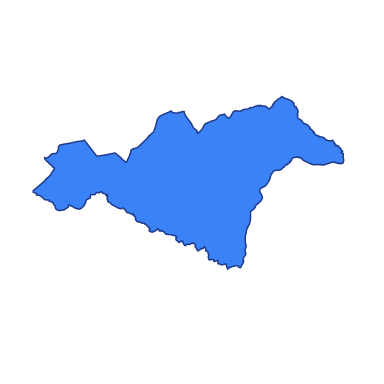 outline of Bazega, Bazéga, Burkina Faso, rotated 349°
{"feature_id": "67063806B75312427459337", "entity_name": "Bazega", "entity_type": "district", "adm_level": 2, "iso_a3": "BFA", "parent_name": "Burkina Faso", "parent_adm1": "Bazéga", "projection": "albers", "projection_center": [-1.393, 11.898], "detail": "fine", "context": "isolated", "style": "filled", "palette": "blue", "viewbox_px": 384, "rotation_deg": 349, "n_neighbors": 0, "source": "geoboundaries", "source_scale": "gbopen_adm2", "svg_char_len": 6079}
<svg xmlns="http://www.w3.org/2000/svg" viewBox="0 0 384 384"><g transform="rotate(349 192 192)"><path d="M38.7,165.1L39.3,165.6L40.7,165.8L42.0,166.5L44.4,168.9L44.7,169.9L46.0,171.3L47.0,171.9L49.9,172.5L49.9,173.5L53.5,175.9L53.9,177.8L54.9,179.6L54.8,181.3L55.2,182.7L56.2,183.8L57.6,184.7L59.0,185.0L62.9,185.2L67.1,183.5L67.9,182.8L67.8,182.2L68.2,181.4L69.0,181.0L70.6,182.7L71.8,183.3L74.2,185.5L77.3,187.2L79.5,187.2L83.4,184.9L85.6,182.0L86.2,180.5L87.0,179.4L91.0,178.5L91.3,178.0L91.6,175.8L92.0,175.4L93.3,175.4L94.2,175.8L95.9,175.9L96.6,175.8L97.8,174.5L98.7,174.4L100.6,175.1L103.0,174.4L103.4,174.6L103.7,175.6L104.3,176.2L105.2,176.8L106.4,177.1L107.2,178.0L108.3,178.4L108.3,179.0L107.1,179.2L108.1,180.5L108.2,181.1L107.2,182.4L107.7,183.4L107.4,184.9L107.7,185.4L108.7,186.4L109.9,187.0L110.6,188.7L111.7,189.9L113.6,191.2L116.3,193.5L119.2,195.0L121.1,194.5L121.8,194.9L123.7,198.3L123.7,198.9L124.7,200.0L126.0,200.4L127.4,201.3L128.8,202.6L129.4,202.8L130.2,202.5L130.7,203.0L130.2,203.9L131.7,205.9L131.3,208.3L131.5,208.9L132.3,209.8L132.3,210.4L132.8,210.8L133.6,210.8L133.8,211.2L136.1,212.1L137.1,213.3L138.8,213.3L139.8,214.0L139.6,214.5L140.9,215.5L141.4,216.6L142.6,217.9L142.4,218.2L143.9,220.0L143.2,221.0L142.6,221.1L142.9,222.6L143.7,222.7L144.7,223.7L145.4,223.9L148.8,223.1L150.9,221.8L152.0,221.9L152.3,223.8L152.6,224.0L153.8,224.0L154.0,224.4L154.6,224.0L155.0,224.6L156.0,225.0L156.8,225.7L158.4,228.5L162.5,229.7L167.2,231.8L168.3,233.0L168.3,233.3L167.5,233.8L167.2,235.6L167.4,236.3L168.7,237.7L169.1,238.5L169.8,239.1L172.3,238.1L173.1,238.8L173.6,238.6L173.7,238.9L173.4,239.7L173.8,240.7L173.9,241.7L175.2,243.5L175.5,243.5L176.3,242.6L177.2,242.3L179.7,243.1L182.0,242.2L182.5,242.2L183.1,242.8L183.9,242.5L185.0,243.8L185.1,244.6L184.6,246.2L185.2,247.0L186.0,250.1L186.8,251.0L190.2,249.5L192.2,249.5L193.3,248.2L193.8,248.4L194.6,249.7L194.3,251.7L194.4,252.5L195.6,253.2L196.1,254.0L196.3,257.4L195.5,259.1L195.6,261.4L195.8,261.7L196.9,262.2L199.1,262.0L200.2,262.4L200.4,262.6L200.1,264.0L200.4,264.4L201.9,264.5L203.6,264.1L204.0,264.2L204.6,265.1L204.0,266.0L203.8,267.3L204.2,267.6L205.4,267.7L206.3,268.8L207.9,269.3L210.1,269.0L211.9,269.2L212.1,269.4L211.6,270.5L212.3,274.4L213.5,274.0L215.4,272.9L216.3,273.2L217.1,272.9L222.1,272.8L222.8,273.1L223.2,274.2L224.8,275.6L226.1,274.7L226.5,273.6L228.3,272.0L228.5,271.4L229.1,270.8L229.6,269.7L229.1,269.0L229.2,267.7L229.8,267.2L230.5,265.8L233.0,263.5L232.9,259.3L234.7,255.8L234.9,253.9L234.7,251.2L236.0,245.0L237.3,242.7L238.1,240.1L239.9,237.3L242.3,234.4L242.8,233.2L243.3,232.5L244.2,230.0L245.6,222.7L246.2,222.1L249.8,220.3L251.0,219.2L251.8,217.6L257.8,214.0L259.4,212.2L259.9,211.4L260.0,209.6L259.6,207.2L258.6,205.3L258.7,203.3L259.1,202.5L260.1,201.5L264.5,200.3L266.0,199.5L269.7,195.8L271.3,193.4L272.6,190.6L275.1,187.9L276.8,186.9L277.7,186.7L281.0,187.1L283.6,187.1L285.4,185.8L287.4,184.9L288.7,183.6L291.3,183.1L291.9,182.1L292.2,182.0L293.3,182.1L294.0,181.4L293.9,180.8L294.5,180.4L295.1,180.6L296.4,178.6L297.4,177.9L299.2,177.5L300.3,177.8L301.8,177.7L302.7,178.4L304.7,178.5L305.0,178.8L304.8,179.3L306.5,180.6L306.7,181.4L307.6,182.4L313.9,187.0L316.3,188.4L321.2,189.2L326.6,190.7L330.2,190.0L331.2,190.1L335.4,189.4L336.1,189.9L337.9,190.0L338.9,191.0L339.9,191.2L340.8,191.8L341.7,191.7L342.2,192.4L342.8,192.1L343.9,192.7L345.9,192.2L345.8,191.9L346.9,190.3L347.1,187.7L346.8,186.8L347.2,186.2L347.0,185.6L347.4,185.0L347.5,184.0L347.9,183.3L347.4,182.6L346.9,182.7L345.9,182.0L346.4,181.4L347.6,180.7L347.2,179.9L346.2,179.2L346.1,178.5L346.4,177.8L344.7,175.9L344.8,175.0L344.2,174.7L344.0,174.9L342.8,173.6L341.9,174.0L341.2,173.1L341.6,172.0L341.1,171.7L341.2,170.5L340.2,169.4L340.0,168.0L337.3,168.4L336.8,167.9L335.8,167.8L334.9,167.0L334.0,166.8L333.3,166.4L332.7,164.9L332.1,164.1L331.7,164.1L330.9,163.2L328.7,162.4L327.3,161.5L327.1,161.8L326.3,160.6L324.8,160.1L323.3,158.3L323.6,157.4L323.4,156.8L322.4,156.8L322.4,154.8L320.6,153.3L320.5,152.3L320.0,152.2L319.7,151.8L320.0,150.9L319.1,149.7L318.5,148.4L317.2,147.6L317.2,147.3L314.2,145.6L314.2,144.8L313.5,144.0L313.3,142.6L311.1,140.9L310.2,139.8L309.9,138.8L310.5,136.3L310.4,135.5L311.5,133.3L311.2,132.9L311.5,131.4L310.7,130.0L310.6,128.5L309.9,128.6L309.4,128.2L309.3,127.2L308.7,126.4L308.9,124.2L307.4,122.3L307.4,121.8L303.8,119.2L302.1,118.2L300.7,117.8L300.7,117.3L298.3,115.4L296.7,116.4L293.2,117.8L292.1,118.7L290.2,119.4L289.9,120.3L288.8,120.8L287.7,122.1L287.6,122.8L287.3,122.7L286.7,123.7L285.9,123.8L283.8,125.1L282.8,124.4L282.5,124.4L281.7,122.9L281.2,122.7L280.5,121.7L279.7,121.8L278.7,121.3L277.8,121.2L277.4,120.8L276.0,120.3L275.6,119.9L274.8,120.4L273.3,119.9L273.2,119.5L271.1,120.2L270.5,119.8L268.2,120.7L265.2,120.3L262.7,121.4L260.8,120.9L257.3,121.0L256.2,121.7L253.9,121.8L250.1,120.4L247.8,121.1L244.3,125.2L243.2,126.1L242.2,126.5L240.5,125.1L239.1,122.7L238.8,121.8L233.7,122.0L232.4,122.8L229.7,125.2L228.8,125.6L227.0,126.0L226.0,125.9L218.3,127.4L216.7,128.8L213.7,132.5L210.1,134.9L209.0,134.9L208.8,135.2L208.4,132.4L206.1,129.9L205.4,128.8L204.4,124.6L200.2,115.9L199.8,114.3L199.6,111.6L198.8,111.6L197.6,111.0L196.6,111.7L193.7,111.3L192.3,111.8L188.8,110.6L188.0,110.1L186.8,108.4L185.7,108.9L176.6,110.9L174.8,111.6L173.4,112.5L172.3,113.7L171.0,115.8L169.0,120.1L166.2,125.0L165.5,125.9L160.5,128.7L157.8,131.1L147.8,137.5L146.1,138.2L142.6,138.3L140.5,139.0L139.9,139.7L139.2,141.8L138.0,143.4L137.6,144.5L135.4,147.4L134.6,148.7L134.7,149.1L132.8,150.2L130.5,147.6L128.9,145.0L126.2,141.6L123.9,139.0L115.9,139.1L106.7,138.9L105.7,138.6L104.7,137.4L96.2,120.5L94.7,120.9L88.6,120.6L79.9,120.8L75.2,120.6L71.3,120.7L69.8,121.6L69.3,122.9L69.4,123.6L68.7,124.9L67.5,127.0L66.6,127.7L65.5,128.2L62.3,127.8L61.3,128.0L58.5,129.9L56.0,130.9L55.1,131.0L53.9,130.2L53.8,131.2L55.7,134.8L56.6,135.2L57.0,136.4L59.6,139.6L59.6,140.5L61.0,141.6L61.1,143.3L58.3,146.0L56.1,148.5L51.1,151.5L50.3,152.1L49.9,152.8L36.4,160.4L36.1,162.0L38.6,163.4L39.1,164.0L38.7,165.1Z" fill="#3b82f6" stroke="#1e3a8a" stroke-width="1.5"/></g></svg>